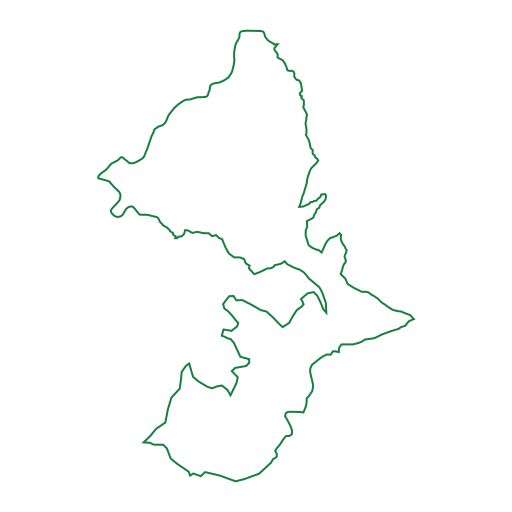 the district of Kanana, Berea, Lesotho
{"feature_id": "5366337B51375862346998", "entity_name": "Kanana", "entity_type": "district", "adm_level": 2, "iso_a3": "LSO", "parent_name": "Lesotho", "parent_adm1": "Berea", "projection": "albers", "projection_center": [27.578, -29.257], "detail": "fine", "context": "isolated", "style": "outline", "palette": "green", "viewbox_px": 512, "rotation_deg": 0, "n_neighbors": 0, "source": "geoboundaries", "source_scale": "gbopen_adm2", "svg_char_len": 6036}
<svg xmlns="http://www.w3.org/2000/svg" viewBox="0 0 512 512"><path d="M338.8,352.1L339.1,347.8L341.5,344.4L353.2,344.4L359.3,342.7L361.7,341.7L365.0,339.5L368.3,339.1L374.4,338.2L382.1,334.4L391.7,330.9L398.6,328.9L400.8,327.2L405.2,325.8L408.8,321.3L411.8,319.9L413.8,319.1L410.1,315.0L405.6,313.4L401.1,311.5L397.4,311.1L392.8,309.9L388.0,306.9L384.9,304.6L381.6,302.4L377.7,298.5L373.4,295.7L371.4,294.6L368.1,292.2L365.7,291.8L361.8,291.8L353.2,287.5L347.7,284.0L345.2,278.5L340.7,274.1L342.1,270.0L342.9,266.7L344.1,263.9L345.3,262.8L345.9,260.7L344.6,256.9L344.8,255.3L345.5,254.0L346.7,250.3L345.5,248.4L344.8,246.6L342.9,244.0L342.0,242.5L341.1,240.1L340.8,238.5L340.8,236.5L341.2,235.0L339.6,233.2L336.5,235.9L334.4,236.5L332.4,237.5L330.4,237.8L327.4,240.8L325.3,244.2L324.0,247.3L321.6,252.5L318.4,249.9L316.6,249.7L312.4,247.9L308.7,245.3L305.7,235.8L305.7,233.2L305.8,230.0L307.2,227.2L306.9,221.1L312.2,218.4L313.5,217.4L313.9,215.6L314.8,213.9L315.9,212.3L316.9,209.2L319.3,207.7L320.0,205.3L324.0,201.7L325.3,199.6L325.9,197.6L325.9,195.5L325.1,194.1L322.9,194.4L321.4,194.4L320.6,196.3L319.7,197.6L317.9,198.8L316.2,200.9L314.0,200.9L312.9,201.9L310.5,202.1L308.7,204.3L307.2,204.6L304.8,205.9L302.8,206.6L299.2,206.9L300.5,203.7L302.5,196.0L303.5,193.9L305.5,187.3L306.8,182.9L307.2,179.5L307.6,177.4L309.5,172.0L310.9,168.6L316.0,163.5L318.2,160.7L317.2,158.7L315.3,157.4L314.5,155.1L313.0,154.2L312.5,152.3L312.8,150.2L310.6,148.0L309.2,140.9L305.9,134.7L306.5,132.9L306.5,130.1L306.3,127.5L305.5,123.6L306.3,119.4L306.4,116.9L307.1,115.3L306.1,112.5L303.2,107.1L303.8,105.5L303.9,103.8L303.8,100.3L302.4,99.1L301.2,97.6L301.9,96.2L300.2,95.2L299.8,93.4L302.1,90.8L300.9,83.4L299.2,80.5L296.4,79.7L294.2,76.6L294.4,73.6L293.8,71.8L291.8,70.8L288.8,70.8L287.4,70.2L286.5,67.2L285.0,63.6L283.8,62.0L282.7,60.2L279.1,58.4L277.6,57.4L277.6,54.2L276.5,52.4L274.6,50.1L274.3,48.3L277.6,44.2L274.3,44.5L274.1,43.8L273.0,43.5L268.6,40.8L267.3,39.7L265.3,36.9L265.0,36.2L264.3,33.4L263.6,32.1L263.1,31.7L262.2,31.3L261.1,31.1L257.2,30.9L246.3,30.7L242.4,31.2L241.3,31.5L240.6,31.8L240.2,32.3L239.7,33.2L239.5,34.5L239.5,35.6L239.2,37.5L238.2,39.8L237.6,40.7L236.2,43.0L235.4,45.2L234.4,50.5L234.1,52.8L234.1,56.4L234.4,59.9L234.2,61.9L233.7,65.2L232.6,69.4L232.2,71.3L230.7,74.2L229.5,75.9L228.2,77.6L224.6,80.1L220.2,82.2L218.5,82.7L215.9,83.0L213.7,83.5L212.7,83.9L211.5,84.5L210.9,85.0L210.2,86.3L209.5,90.5L208.8,91.7L208.3,93.8L207.5,95.7L207.0,96.2L205.9,96.9L201.5,97.2L197.5,97.2L190.3,99.4L188.5,99.6L187.2,99.6L186.0,99.7L184.4,100.4L182.4,101.5L178.6,104.1L177.0,105.5L174.2,108.1L169.0,114.6L168.0,116.4L166.3,120.7L165.3,122.7L164.1,123.7L163.4,124.6L162.9,124.9L162.4,125.2L159.5,126.2L157.2,127.3L156.7,127.9L154.9,129.0L154.2,129.9L153.4,132.5L151.5,136.3L147.6,147.9L144.5,155.5L143.8,156.9L143.3,157.6L142.3,158.5L138.9,160.6L135.4,162.5L134.1,162.9L131.7,163.3L129.7,163.2L129.1,162.8L122.5,157.4L122.1,157.2L121.4,157.2L120.7,157.5L117.5,160.5L116.5,161.1L115.4,161.5L114.4,162.2L112.6,162.9L111.6,163.6L110.3,164.8L108.7,166.7L107.4,168.4L105.8,170.0L104.2,171.1L101.0,173.4L99.5,174.9L98.9,175.6L98.4,176.3L98.2,177.0L98.2,177.6L98.3,178.2L99.0,178.5L101.1,179.0L102.2,179.4L103.4,179.6L105.7,180.4L106.6,180.5L109.7,181.7L110.4,182.8L113.6,186.5L119.1,191.8L120.0,193.5L120.3,194.5L120.5,195.6L120.3,196.9L119.9,199.2L119.2,200.7L118.3,201.8L117.0,203.2L116.1,204.3L114.4,206.0L111.8,208.8L111.2,209.8L111.0,210.3L110.9,210.9L111.0,211.6L111.5,212.8L112.3,213.9L113.2,214.8L114.7,216.0L115.4,216.4L117.5,216.9L120.0,216.6L120.7,216.3L122.1,215.4L123.2,214.0L124.1,212.3L125.1,210.7L125.7,209.5L127.8,207.5L128.7,207.0L129.5,206.7L131.5,206.5L132.3,206.6L133.3,207.1L134.1,208.0L135.3,209.3L136.2,210.6L137.3,212.0L139.7,214.6L142.7,214.8L145.3,214.7L148.1,214.9L152.4,216.1L155.4,216.7L157.3,217.4L158.0,218.0L158.4,218.6L159.4,220.5L159.8,221.5L160.3,222.3L161.5,223.4L163.0,225.2L163.8,225.8L166.6,227.3L169.5,229.8L170.1,231.2L173.0,233.1L173.3,234.9L175.6,236.3L175.2,238.2L176.9,238.2L178.3,236.8L181.7,236.3L184.1,233.9L185.1,230.2L187.8,230.4L192.3,232.9L197.4,231.8L203.0,233.1L208.8,233.3L212.0,236.2L216.1,235.1L219.0,238.0L222.1,239.2L225.5,247.4L228.8,253.4L234.2,257.4L239.8,257.4L244.1,259.1L245.8,263.4L249.6,265.6L248.9,268.3L254.3,274.2L260.0,272.0L263.4,270.4L267.1,268.5L270.4,268.3L273.4,267.1L274.4,265.4L281.3,263.6L284.7,261.3L287.2,264.2L294.6,267.9L299.7,269.7L303.9,272.4L306.3,275.1L308.7,278.3L319.4,287.3L322.3,292.7L325.9,303.1L326.3,312.7L323.4,309.3L320.1,301.5L317.4,295.9L313.7,292.1L307.7,293.3L301.0,299.0L302.6,301.9L303.6,304.3L301.7,306.6L296.8,310.1L293.2,315.6L289.1,323.0L282.6,327.1L278.9,323.6L273.1,317.5L266.4,311.5L260.8,310.1L251.6,304.8L242.4,300.1L236.3,300.3L233.5,296.0L229.3,296.2L227.1,298.8L223.1,304.1L224.3,308.4L228.2,311.3L232.3,315.8L235.6,320.1L238.1,322.8L237.3,326.3L231.5,330.8L223.5,329.5L221.8,335.7L224.5,336.7L228.3,338.6L230.5,339.0L233.7,342.5L240.4,356.8L249.2,359.2L249.2,362.9L246.1,366.0L235.2,367.9L231.8,371.1L237.8,377.3L236.4,383.2L230.5,395.3L227.4,389.8L221.8,385.5L216.5,386.5L212.4,388.3L207.6,386.9L198.4,381.4L193.1,376.9L191.1,370.3L189.2,363.5L186.0,365.8L181.7,371.9L180.9,380.1L179.7,388.7L171.5,397.5L167.8,409.6L165.4,422.5L156.0,428.9L150.1,436.2L143.6,442.4L149.9,442.8L153.6,444.6L163.3,444.8L166.9,448.5L170.7,458.6L177.8,464.3L188.7,471.7L190.1,475.6L193.3,473.5L200.8,476.2L205.1,472.1L219.9,475.6L235.6,481.3L244.3,479.1L259.1,473.7L271.0,462.7L273.1,459.1L275.2,458.0L276.8,456.5L276.8,454.1L275.2,450.7L277.0,448.0L278.6,446.2L280.0,444.4L283.2,439.5L284.2,438.1L286.2,436.0L289.4,436.0L291.9,434.1L292.1,430.7L290.7,426.5L288.0,421.2L285.0,416.0L285.9,413.1L287.8,412.0L290.5,411.8L294.0,411.8L299.5,412.0L303.5,412.4L305.9,406.3L306.4,403.9L306.6,402.0L306.8,398.1L308.6,396.5L312.1,391.3L313.0,387.3L312.9,384.1L310.3,372.8L310.1,370.5L310.4,368.2L311.9,364.9L319.6,358.7L323.1,356.3L326.8,354.5L330.7,354.7L332.9,351.3L335.2,351.3L338.8,352.1Z" fill="none" stroke="#15803d" stroke-width="2"/></svg>